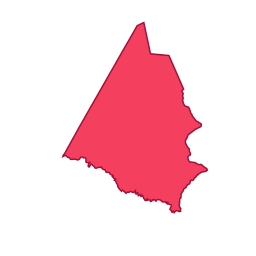 Angical, Bahia, Brazil (Albers equal-area conic projection), rotated 252°
{"feature_id": "56859067B3932708379587", "entity_name": "Angical", "entity_type": "district", "adm_level": 2, "iso_a3": "BRA", "parent_name": "Brazil", "parent_adm1": "Bahia", "projection": "albers", "projection_center": [-44.765, -11.959], "detail": "fine", "context": "isolated", "style": "filled", "palette": "rose", "viewbox_px": 256, "rotation_deg": 252, "n_neighbors": 0, "source": "geoboundaries", "source_scale": "gbopen_adm2", "svg_char_len": 3321}
<svg xmlns="http://www.w3.org/2000/svg" viewBox="0 0 256 256"><g transform="rotate(252 128 128)"><path d="M223.4,175.6L223.2,173.7L222.4,168.3L210.4,155.1L202.6,146.4L189.2,131.7L181.3,123.0L174.2,115.2L148.8,87.3L143.7,81.7L123.0,59.5L122.3,58.2L121.0,57.2L121.2,58.8L121.3,60.0L120.2,60.9L118.9,61.4L118.4,62.5L117.3,63.2L116.1,63.6L115.5,64.9L115.1,67.0L114.5,68.5L113.7,69.4L113.1,70.7L113.4,72.2L114.2,73.2L114.8,74.3L114.8,75.4L114.1,76.0L113.2,76.6L113.1,77.9L112.0,78.5L110.5,78.3L109.2,77.5L108.0,77.8L107.4,79.2L107.1,80.9L106.2,79.9L105.3,78.9L104.0,78.3L102.9,78.9L103.4,79.8L104.1,80.5L104.9,81.2L104.8,82.2L103.4,82.9L101.9,83.8L101.0,84.1L100.0,84.4L99.6,85.6L99.6,87.2L99.6,88.4L99.0,89.5L99.1,90.5L97.3,91.0L96.1,91.8L95.4,93.2L94.0,93.4L92.8,93.5L92.2,94.5L91.9,95.6L91.1,96.8L89.6,96.7L88.5,97.7L87.9,98.9L86.9,99.1L86.7,98.1L85.5,98.6L84.2,99.2L83.4,100.4L82.6,98.9L81.7,99.9L80.5,100.0L79.4,99.9L78.4,100.2L77.1,100.6L76.1,100.2L75.1,100.3L73.8,100.5L72.6,101.0L71.3,101.6L69.9,102.2L70.7,103.6L69.1,104.4L67.8,105.4L66.5,105.9L67.2,107.6L66.5,109.0L66.9,110.3L66.6,111.4L65.5,112.2L65.0,113.4L65.5,114.5L66.1,115.7L65.1,115.4L64.0,114.8L62.7,115.3L63.5,116.4L63.4,117.3L62.1,116.9L60.4,116.9L60.7,118.7L60.7,119.7L59.7,119.2L58.8,119.2L59.1,121.0L57.6,121.2L56.5,121.1L55.5,121.5L54.2,121.7L53.4,122.8L54.5,123.5L54.6,124.5L53.3,124.3L53.3,125.4L52.7,126.7L51.2,126.6L51.1,128.0L52.2,129.0L51.6,129.9L51.7,131.2L50.7,131.5L49.8,132.0L50.6,132.8L50.8,134.0L50.1,135.6L49.2,136.9L48.3,137.1L47.3,137.7L46.7,138.7L46.5,139.6L46.2,140.6L44.8,141.2L45.4,142.2L44.7,142.9L43.5,142.1L43.1,143.2L42.4,144.1L41.5,145.4L39.8,144.7L38.7,143.4L37.5,142.7L36.2,143.8L35.0,143.5L34.2,144.0L34.7,145.6L33.3,145.7L34.0,147.0L34.6,148.6L34.0,149.3L33.4,150.1L32.6,151.0L32.6,152.4L34.2,152.5L35.1,153.3L36.2,152.9L37.5,152.6L38.9,153.0L40.0,153.5L40.9,153.9L42.4,154.6L43.6,154.8L44.8,155.7L45.1,156.6L46.5,157.3L47.9,157.7L48.9,158.2L49.5,158.9L50.2,159.7L50.8,160.5L51.3,161.3L52.2,161.8L53.2,162.7L53.2,164.1L53.8,165.1L54.8,165.8L55.6,167.1L55.7,168.3L56.0,169.3L57.2,170.4L58.4,171.0L58.8,172.0L58.2,173.1L58.5,174.4L59.8,175.5L60.3,177.1L61.3,178.5L62.0,179.5L61.9,180.5L62.7,181.2L62.8,182.6L63.2,183.9L63.2,185.4L63.0,186.7L62.8,187.7L62.9,189.3L63.4,190.4L64.6,190.4L65.7,189.9L66.4,189.0L67.8,188.2L69.0,187.4L70.9,186.2L71.1,184.7L71.6,183.6L72.8,182.3L74.0,181.5L74.9,180.2L75.4,178.9L76.1,177.6L76.6,176.4L77.4,175.8L78.5,175.7L80.1,175.6L81.5,175.8L82.7,176.7L83.2,179.0L84.5,179.6L86.0,179.3L87.5,179.3L88.5,179.6L89.6,179.7L90.6,179.2L91.4,178.7L92.8,178.5L94.7,178.2L96.1,178.1L97.4,178.3L98.9,179.2L99.9,180.6L101.1,181.7L102.9,182.9L103.5,184.8L104.8,188.5L105.2,189.4L105.4,190.4L106.0,191.6L106.1,193.3L106.3,194.3L106.6,196.2L106.8,197.7L108.0,198.7L109.3,198.8L110.3,198.0L111.3,197.0L112.3,196.6L113.1,195.5L113.9,194.9L115.1,194.5L116.3,194.1L117.4,193.7L118.6,193.2L119.6,192.9L120.6,193.0L122.4,192.4L124.0,192.3L125.6,192.4L127.0,192.3L128.3,192.2L129.5,191.6L130.6,190.0L131.4,188.8L132.4,188.6L133.8,188.4L135.1,188.2L136.0,188.5L137.6,188.5L138.6,189.2L139.3,189.8L140.4,189.8L141.8,189.7L143.0,190.9L144.2,191.1L145.3,190.7L146.5,190.6L147.2,191.6L147.7,192.9L180.2,189.7L184.3,189.3L191.6,172.3L221.5,175.4L223.4,175.6Z" fill="#f43f5e" stroke="#9f1239" stroke-width="1.5"/></g></svg>